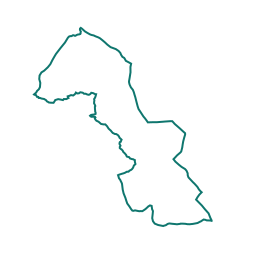 outline of Mpanda Urban, Katavi, United Republic of Tanzania, rotated 100°
{"feature_id": "72390352B31642859672055", "entity_name": "Mpanda Urban", "entity_type": "district", "adm_level": 2, "iso_a3": "TZA", "parent_name": "United Republic of Tanzania", "parent_adm1": "Katavi", "projection": "natural_earth1", "projection_center": [31.001, -6.409], "detail": "fine", "context": "isolated", "style": "outline", "palette": "teal", "viewbox_px": 256, "rotation_deg": 100, "n_neighbors": 0, "source": "geoboundaries", "source_scale": "gbopen_adm2", "svg_char_len": 4800}
<svg xmlns="http://www.w3.org/2000/svg" viewBox="0 0 256 256"><g transform="rotate(100 128 128)"><path d="M165.4,60.3L164.1,61.0L162.2,61.4L160.0,62.9L159.2,63.8L158.5,64.7L157.6,67.0L157.0,68.5L155.4,71.4L152.9,75.5L150.8,77.8L148.3,76.1L146.4,74.9L143.2,72.3L142.1,71.6L141.9,71.5L137.7,71.2L134.6,71.3L133.9,71.3L131.6,71.3L127.9,71.0L126.2,70.8L124.5,70.6L124.0,70.7L123.2,70.9L121.7,73.3L119.2,77.2L115.9,82.7L115.0,83.8L113.6,85.6L113.9,87.4L115.1,92.2L117.2,100.3L117.9,104.2L119.0,109.4L117.2,111.2L115.5,113.0L114.0,114.8L109.4,119.1L107.5,120.9L104.9,122.3L101.0,124.1L96.3,126.2L93.8,127.5L91.9,128.4L89.6,129.8L88.1,131.5L87.5,132.2L84.9,134.0L84.4,134.2L83.8,134.5L82.5,135.0L81.7,135.1L78.2,135.1L72.7,135.2L67.5,136.2L64.1,136.1L63.3,138.4L62.2,141.8L60.3,143.3L59.6,144.0L58.9,145.9L58.4,146.3L57.5,147.2L55.9,148.3L55.5,148.5L53.8,150.6L52.4,153.7L51.4,159.2L49.5,162.8L47.6,165.7L45.9,168.6L44.5,171.2L44.1,172.4L43.8,173.5L43.5,175.2L43.2,176.5L42.8,177.8L42.7,180.2L42.4,181.7L41.3,184.8L40.4,187.1L39.2,189.0L38.2,190.6L37.6,191.9L38.4,192.5L39.6,192.4L40.1,192.1L41.2,191.2L42.1,191.3L42.9,191.1L43.7,191.3L44.4,192.6L44.6,193.5L45.3,194.7L46.3,195.8L46.4,196.6L46.1,197.5L46.3,198.5L47.2,199.4L47.5,200.1L47.5,200.8L48.3,202.1L48.7,202.3L48.9,202.4L49.4,202.8L54.8,204.9L60.9,208.3L67.6,211.8L70.5,212.9L74.1,214.2L78.7,215.6L82.1,217.5L86.1,220.5L88.3,222.9L91.6,224.2L95.2,223.9L98.8,222.2L103.0,221.8L105.3,222.5L107.3,224.0L109.1,224.6L111.3,226.4L111.5,226.0L111.5,224.4L111.7,224.2L111.8,224.1L113.1,223.1L113.0,221.7L113.9,221.2L113.7,219.6L114.0,218.4L114.0,217.9L114.0,215.7L114.9,213.4L115.8,212.6L116.1,211.6L116.2,211.3L116.3,211.0L116.6,210.5L116.5,208.3L116.1,205.7L113.8,204.7L113.1,204.5L112.5,203.3L111.8,202.0L111.7,201.7L111.7,200.1L111.7,199.7L111.7,198.9L111.8,196.9L110.6,196.2L110.5,195.3L110.2,193.7L108.8,191.9L108.4,192.4L107.3,192.9L106.6,191.5L105.5,189.8L105.5,187.6L104.1,186.3L103.7,186.1L102.3,185.4L102.2,185.4L102.3,185.0L102.8,184.1L102.7,183.6L102.6,183.2L102.3,182.3L101.1,181.2L101.1,178.8L101.3,178.3L101.9,177.3L101.6,175.6L102.0,174.3L102.1,173.3L102.1,172.3L101.6,171.6L100.9,170.9L100.2,170.5L99.9,170.4L99.7,170.3L99.7,168.9L99.8,167.9L100.0,167.6L100.4,166.1L100.3,165.3L101.9,165.4L103.8,165.7L105.4,166.4L106.7,165.9L107.9,165.9L109.6,165.7L110.6,164.9L112.0,164.0L112.9,164.3L114.2,164.0L115.2,163.8L116.1,163.5L117.4,163.2L118.7,162.5L119.8,162.4L120.7,164.0L121.1,165.5L121.6,166.7L122.4,167.4L122.5,167.5L123.0,167.0L123.2,166.3L123.3,166.0L123.1,165.1L122.7,162.5L123.3,161.9L124.2,162.4L124.3,162.4L125.1,161.8L125.3,161.6L125.9,160.9L126.3,160.4L126.5,159.7L126.9,158.2L127.1,157.8L128.7,155.2L128.7,153.9L128.7,152.9L128.4,150.9L129.4,149.6L129.8,149.0L131.1,147.8L131.9,147.1L132.7,145.9L133.6,144.4L134.1,143.9L135.5,142.2L135.6,141.8L135.9,140.8L136.2,139.8L136.1,139.2L136.0,138.6L136.7,136.8L137.2,136.2L137.8,135.5L139.1,134.6L140.6,132.3L141.9,132.6L142.9,132.8L143.0,133.0L143.3,133.6L144.1,133.7L144.5,133.7L145.2,133.6L146.0,132.9L146.8,132.3L147.9,132.8L148.7,132.7L149.2,132.6L150.1,131.1L150.2,130.6L151.3,129.2L152.3,128.6L153.5,126.8L154.9,125.1L155.6,124.8L156.4,124.0L156.4,123.9L156.5,121.9L156.9,121.5L157.2,121.1L157.6,120.8L157.8,119.6L157.9,119.1L157.9,117.3L158.3,116.4L158.4,115.7L160.3,115.3L160.9,115.0L162.2,114.4L162.7,114.7L163.9,115.7L165.2,115.9L166.4,116.2L167.8,116.9L168.8,117.8L169.7,119.1L170.9,119.9L171.3,121.6L171.7,122.1L172.7,123.3L173.5,124.7L174.1,126.0L174.8,127.3L175.5,128.7L176.1,129.4L176.2,129.6L177.5,128.9L179.0,128.2L180.3,126.8L180.4,126.7L180.5,126.6L180.8,126.4L181.7,125.8L182.2,125.4L183.0,124.8L183.5,124.5L183.8,124.3L185.0,123.9L186.0,123.6L189.9,122.4L190.5,122.1L193.1,121.0L197.3,118.4L200.6,116.7L201.4,116.2L202.0,115.9L202.4,115.7L202.5,115.6L205.0,113.0L207.4,110.8L208.6,109.4L208.6,108.2L207.9,106.8L208.0,103.5L208.0,102.4L207.7,101.5L207.4,99.4L205.2,97.1L203.9,96.0L203.6,95.8L203.4,95.9L203.6,95.8L203.2,95.5L202.6,95.0L201.7,94.4L200.7,93.2L200.4,92.9L200.5,92.5L200.5,92.1L200.6,91.2L203.7,90.2L205.5,89.0L207.9,88.8L212.6,88.5L213.7,88.0L215.5,87.2L216.9,85.7L217.5,85.1L218.2,82.0L218.3,81.4L218.4,76.3L218.1,75.9L217.8,75.2L217.6,74.8L217.1,73.8L215.6,72.3L215.0,71.1L214.9,70.8L214.8,70.5L214.7,68.4L214.3,63.0L213.3,59.9L213.2,59.8L213.1,59.7L212.7,57.4L212.4,54.9L212.4,52.9L212.1,50.7L211.2,47.5L210.3,45.1L209.5,43.0L208.4,41.6L208.0,41.1L207.4,40.2L207.2,39.9L206.1,38.8L205.0,37.6L205.0,35.9L205.3,34.5L204.8,30.9L204.9,29.6L204.5,29.6L202.2,31.3L199.9,32.7L198.1,33.8L194.6,38.2L191.5,41.8L186.7,48.5L184.5,47.7L184.0,47.5L181.3,46.2L181.0,46.0L178.5,44.3L177.9,45.3L176.5,47.1L175.5,48.1L174.5,48.9L173.9,49.5L172.7,51.0L171.1,53.1L170.2,54.5L166.2,59.8L165.6,60.2L165.4,60.3Z" fill="none" stroke="#0f766e" stroke-width="2"/></g></svg>